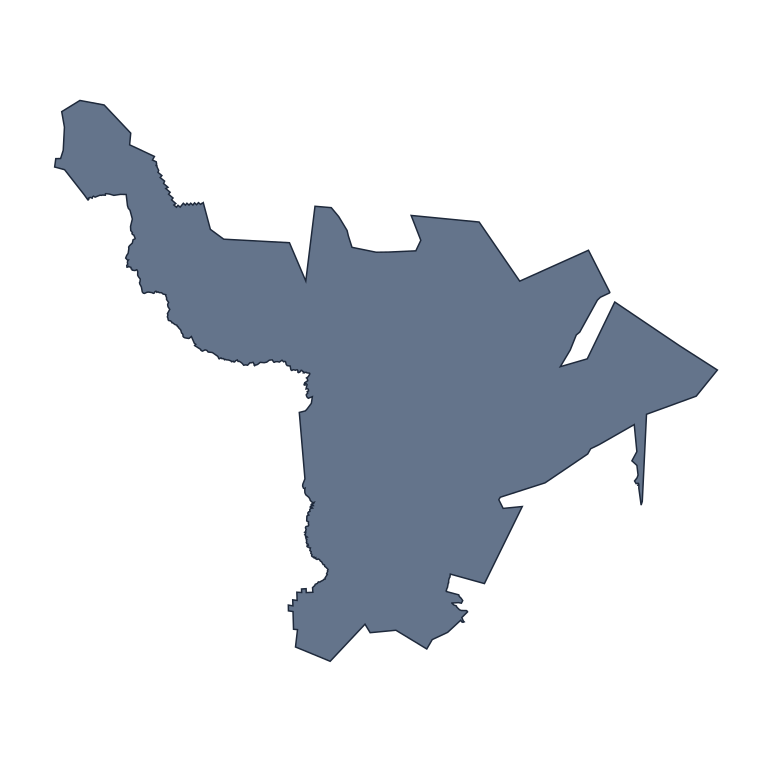 Santa Clara, Durango, Mexico (Mercator projection), rotated 91°
{"feature_id": "50627088B43651685111163", "entity_name": "Santa Clara", "entity_type": "district", "adm_level": 2, "iso_a3": "MEX", "parent_name": "Mexico", "parent_adm1": "Durango", "projection": "mercator", "projection_center": [-103.397, 24.488], "detail": "fine", "context": "isolated", "style": "filled", "palette": "slate", "viewbox_px": 768, "rotation_deg": 91, "n_neighbors": 0, "source": "geoboundaries", "source_scale": "gbopen_adm2", "svg_char_len": 6155}
<svg xmlns="http://www.w3.org/2000/svg" viewBox="0 0 768 768"><g transform="rotate(91 384 384)"><path d="M479.2,127.7L480.7,128.3L480.6,127.4L483.7,127.4L500.6,124.8L496.9,123.7L409.7,121.0L390.7,71.6L364.2,50.9L340.7,89.0L298.0,154.7L355.3,181.2L363.6,208.0L346.8,198.4L331.6,192.6L328.7,189.2L296.4,172.1L293.5,169.2L289.0,160.1L288.4,159.8L246.7,181.9L278.8,250.1L220.4,291.7L215.0,359.8L239.7,349.7L250.3,354.5L252.0,381.7L252.4,394.1L247.9,418.4L236.6,422.2L231.1,423.6L217.4,432.2L208.6,439.8L207.5,456.1L282.4,464.0L244.4,481.0L242.0,546.8L232.4,560.3L206.1,567.8L206.7,568.2L206.2,568.8L207.6,570.5L205.9,572.7L208.0,574.5L206.2,576.6L208.4,578.2L206.6,580.4L208.5,582.1L206.7,584.2L208.6,585.7L206.8,587.8L210.7,590.9L208.9,593.1L210.9,594.6L208.7,597.2L207.2,595.3L203.6,599.6L201.7,598.2L198.0,602.7L196.0,601.2L192.4,605.6L191.1,603.4L187.4,607.9L185.0,606.9L181.5,611.4L179.5,609.7L176.3,613.7L174.4,613.0L171.2,614.6L169.5,614.9L169.5,615.7L167.9,615.2L165.8,615.6L164.1,619.4L160.5,617.5L149.3,642.5L137.6,641.6L109.9,668.7L105.8,693.0L117.3,711.0L132.8,708.0L155.9,708.8L164.2,711.3L164.4,716.1L172.8,717.1L175.3,707.1L200.1,687.0L205.1,683.3L205.1,682.9L204.1,682.3L203.4,682.7L202.5,681.1L203.3,679.0L202.0,678.7L201.3,677.8L202.2,676.1L200.2,671.3L200.3,669.6L200.0,668.9L200.1,665.9L198.6,665.8L198.5,665.3L198.9,661.8L200.1,657.4L199.0,650.8L199.0,645.1L210.2,643.6L212.8,642.7L214.7,641.0L223.4,638.5L230.9,640.2L235.0,639.9L237.1,638.2L238.1,638.6L238.9,638.0L239.4,636.8L242.8,635.3L243.2,635.5L244.1,637.4L247.5,638.1L250.1,640.8L251.6,641.7L253.0,641.5L257.8,642.1L259.9,643.5L262.6,644.5L264.5,642.7L264.5,641.7L265.7,642.5L267.2,642.7L268.5,642.3L270.1,643.3L271.7,643.0L271.5,642.0L270.8,641.4L271.3,640.7L271.8,639.1L273.3,638.8L273.7,638.0L274.5,637.8L274.6,637.5L274.9,635.2L274.7,634.3L274.1,633.6L274.3,632.9L275.9,632.2L279.4,632.2L280.9,631.5L283.4,629.5L286.2,629.8L286.7,630.2L288.1,630.0L291.2,628.3L296.1,627.3L297.4,626.2L297.6,625.0L296.4,622.6L296.2,621.0L296.7,617.6L297.4,616.2L297.1,615.3L295.7,614.6L295.2,613.6L296.3,612.7L295.8,611.6L296.6,610.3L296.6,608.0L297.9,606.5L298.5,603.7L299.4,603.8L301.5,602.9L303.3,602.9L306.2,600.8L308.2,601.7L309.7,601.5L310.7,601.2L313.1,599.5L317.5,601.8L318.2,601.4L319.3,601.4L320.7,601.8L321.9,601.2L323.7,600.9L324.4,600.1L324.5,598.8L325.2,597.8L326.5,597.0L326.3,596.6L328.1,594.2L328.9,592.0L329.9,591.7L330.4,590.8L331.1,590.6L333.5,588.2L336.5,587.3L337.2,586.4L338.1,585.9L339.8,585.8L340.6,585.2L341.3,583.9L341.9,580.1L341.6,579.4L339.9,577.4L346.7,574.3L347.6,572.9L348.9,574.0L352.6,567.9L353.3,567.8L354.2,566.5L354.3,566.0L353.0,563.5L353.5,561.7L355.1,560.4L355.5,556.2L359.3,550.6L361.6,549.5L361.7,549.0L360.8,547.7L360.9,547.1L361.5,546.6L361.4,544.8L362.6,543.9L362.2,542.9L362.6,541.9L362.7,540.0L363.5,537.5L364.4,536.9L363.9,535.0L364.7,534.3L364.3,533.5L363.4,532.9L362.5,531.1L364.0,530.3L363.9,529.0L364.7,527.6L366.0,526.0L367.7,524.6L367.3,522.8L367.6,520.7L365.0,518.3L365.2,517.4L364.6,515.3L366.5,514.2L367.4,514.2L368.0,513.6L367.2,512.8L367.1,511.7L366.5,510.5L364.5,508.1L364.8,504.2L364.2,501.6L362.2,499.1L361.8,496.2L364.1,494.6L364.2,493.9L363.6,492.8L363.5,490.8L363.9,489.0L362.0,486.4L363.6,484.7L363.1,483.5L363.5,482.8L366.2,482.1L367.3,481.1L367.7,478.1L370.9,477.5L371.8,477.0L372.1,476.4L371.3,475.0L371.8,472.6L371.4,471.9L371.4,470.8L372.2,470.4L373.9,470.2L374.1,469.6L373.5,468.3L371.8,467.2L371.8,466.5L372.6,465.9L373.0,464.9L373.4,464.6L374.2,464.9L374.3,463.9L373.8,463.5L373.7,461.8L374.2,461.3L374.5,458.6L374.8,458.4L375.4,458.4L378.0,459.9L379.3,461.6L379.9,460.8L382.0,460.3L384.1,463.3L386.1,463.9L386.4,463.7L386.5,462.9L385.3,462.8L385.0,461.9L385.9,460.9L390.3,461.9L390.0,460.5L390.6,459.6L392.2,459.3L393.0,460.7L394.4,460.1L395.9,461.5L397.0,461.4L398.6,460.6L399.6,459.4L397.9,455.4L404.6,456.3L410.8,460.8L412.3,462.3L413.9,468.2L480.2,461.4L485.5,463.4L487.4,463.6L489.6,462.7L490.0,461.8L489.6,461.1L491.3,461.4L494.1,461.2L496.1,460.3L498.6,457.2L500.1,456.2L501.7,455.7L503.3,454.0L503.9,452.9L503.5,451.7L504.5,452.2L505.2,454.2L505.8,454.6L506.2,453.1L506.8,452.6L507.1,454.5L507.8,455.5L508.4,455.6L508.7,453.9L509.3,453.3L509.6,455.0L510.4,455.8L511.0,456.1L512.7,455.8L513.2,457.2L514.3,457.9L515.5,457.7L516.3,456.9L516.9,458.3L517.5,458.8L522.1,458.9L522.7,458.4L522.7,457.7L523.1,457.1L525.1,457.2L526.3,456.8L527.3,457.3L527.9,459.5L528.8,460.0L529.3,460.0L530.8,459.3L531.6,459.7L532.9,459.7L533.6,460.7L534.2,459.7L534.6,460.1L535.4,459.9L536.1,460.6L536.7,459.9L538.1,459.7L537.8,458.7L538.4,458.0L538.9,459.4L540.2,459.3L540.7,458.4L541.6,458.8L543.4,458.5L543.7,458.9L545.3,458.2L545.2,457.4L546.5,456.8L547.1,458.1L547.7,458.2L548.3,457.6L548.5,456.3L549.2,455.8L549.2,454.7L551.8,455.2L552.9,453.9L554.6,454.2L555.7,453.1L557.0,453.4L557.5,453.1L558.1,452.4L558.2,451.0L558.9,451.1L559.2,450.8L558.8,449.3L559.8,449.4L560.6,447.9L560.1,446.7L560.7,445.4L562.2,444.5L562.7,443.4L565.6,441.7L565.9,440.4L567.5,440.0L568.2,438.9L570.4,436.7L571.8,437.3L572.3,437.0L574.8,438.1L575.4,437.4L579.0,439.6L579.8,439.3L580.2,439.6L580.2,440.5L581.3,441.6L582.5,443.9L583.1,444.6L583.0,446.2L584.5,447.1L585.5,449.3L586.7,449.7L588.8,451.9L593.5,451.5L593.9,458.1L590.0,458.3L590.4,462.9L593.9,462.7L593.7,467.5L601.9,467.1L601.4,471.5L607.4,471.2L606.7,475.8L612.5,475.6L613.1,471.0L630.8,470.2L631.1,466.2L648.5,467.9L662.2,433.0L624.5,398.8L632.9,393.5L630.0,367.8L648.2,336.6L638.7,331.3L631.2,316.0L618.9,303.2L620.5,302.1L620.9,300.9L620.4,299.7L619.5,300.6L616.1,302.1L610.4,296.5L609.9,296.6L609.1,297.7L609.1,302.8L608.4,304.6L605.8,307.3L604.6,307.8L603.8,310.2L602.0,312.3L601.8,312.3L601.3,305.7L601.8,302.8L599.2,301.5L596.9,303.1L595.1,305.0L593.5,305.6L590.4,318.0L589.8,318.3L588.9,317.8L587.9,317.8L586.4,317.0L582.0,316.3L581.7,315.9L579.0,315.9L576.6,315.2L576.0,314.7L572.9,314.4L581.8,280.1L504.1,243.6L506.3,262.7L497.7,267.2L495.2,265.8L480.0,221.2L450.4,179.1L445.1,176.2L440.9,167.9L420.2,133.1L447.2,130.0L456.5,134.8L461.0,129.7L470.6,128.4L473.3,129.3L476.6,131.8L479.2,130.2L478.8,128.2L479.2,127.7Z" fill="#64748b" stroke="#1e293b" stroke-width="1.5"/></g></svg>